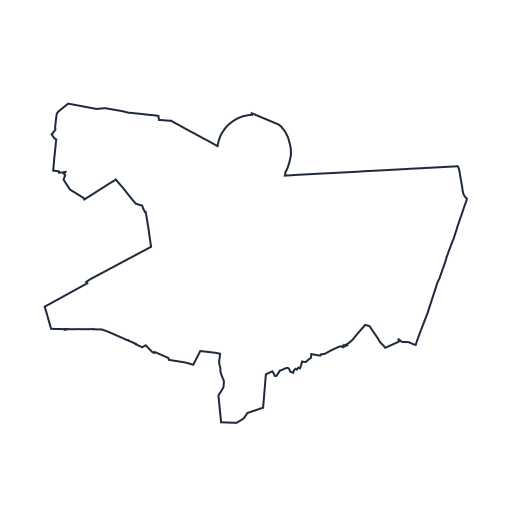 the district of Ecatepec de Morelos, México, Mexico, rotated 266°
{"feature_id": "50627088B37920296364691", "entity_name": "Ecatepec de Morelos", "entity_type": "district", "adm_level": 2, "iso_a3": "MEX", "parent_name": "Mexico", "parent_adm1": "México", "projection": "albers", "projection_center": [-99.051, 19.572], "detail": "fine", "context": "isolated", "style": "outline", "palette": "slate", "viewbox_px": 512, "rotation_deg": 266, "n_neighbors": 0, "source": "geoboundaries", "source_scale": "gbopen_adm2", "svg_char_len": 6037}
<svg xmlns="http://www.w3.org/2000/svg" viewBox="0 0 512 512"><g transform="rotate(266 256 256)"><path d="M104.1,252.5L137.3,257.6L139.8,264.2L138.6,264.9L138.2,265.2L137.8,265.4L135.1,266.3L135.0,266.6L135.0,267.0L134.9,267.5L135.1,267.9L135.2,268.2L135.5,268.5L135.8,268.6L136.0,268.8L136.4,269.2L136.8,269.5L137.1,269.7L137.4,269.9L137.7,270.2L138.1,270.5L139.0,271.2L139.6,271.6L140.0,271.8L140.2,272.7L140.3,273.2L140.6,274.1L140.9,274.8L141.5,276.3L141.9,277.7L142.2,278.8L142.2,279.4L142.1,279.8L141.5,280.8L140.7,281.3L139.8,281.6L138.4,282.0L136.9,284.9L138.6,285.6L139.4,285.9L140.7,287.7L139.9,288.8L140.5,289.3L141.4,290.2L141.7,290.5L140.9,292.0L142.9,293.0L145.8,294.1L147.5,294.5L146.8,297.5L147.0,298.6L148.1,299.9L148.7,300.7L149.3,301.8L150.7,303.8L154.3,304.3L154.2,304.7L153.7,306.7L152.7,310.5L152.2,313.3L153.0,313.7L153.3,313.9L153.4,314.2L153.4,315.3L153.5,317.5L154.5,319.7L156.6,324.3L159.1,330.8L159.7,332.5L160.0,334.2L159.7,335.0L159.1,336.1L160.4,336.7L159.3,337.2L160.5,340.3L161.2,339.2L161.8,340.9L162.1,341.5L162.5,342.2L163.4,343.4L163.9,344.2L165.8,346.6L166.6,347.3L168.8,349.3L169.6,350.1L170.7,351.1L172.6,353.0L174.2,354.7L176.9,357.2L176.8,357.4L179.0,359.5L179.6,359.9L179.0,361.9L178.2,364.3L173.9,366.8L170.8,368.5L168.8,369.8L166.5,371.1L164.9,372.0L163.1,372.9L160.8,374.2L160.1,374.8L157.9,376.8L156.6,377.7L155.4,378.5L156.0,380.0L160.5,392.3L161.2,392.6L162.3,392.5L163.0,392.1L163.5,391.8L162.9,392.5L160.8,394.8L160.4,395.2L160.3,395.6L160.0,396.3L159.7,400.0L159.6,400.9L159.5,401.6L159.4,402.3L157.9,405.1L157.1,406.6L156.1,409.1L156.4,409.3L158.5,410.0L167.6,414.0L181.0,420.3L185.0,422.1L186.5,422.9L205.1,430.4L217.4,435.4L220.7,437.4L221.7,437.8L222.5,438.1L224.0,438.8L225.7,439.5L228.6,440.8L229.7,441.2L233.8,443.1L235.3,443.7L236.2,444.0L237.0,444.4L237.7,444.6L239.2,445.3L241.2,445.9L244.5,447.4L245.8,448.0L246.7,448.3L249.7,449.7L251.3,450.5L253.6,451.5L254.5,452.0L255.8,452.5L257.8,453.5L258.6,454.0L259.8,454.5L262.9,455.7L265.3,456.7L269.0,458.2L270.8,458.8L272.2,459.4L273.7,460.0L275.8,460.9L285.9,465.2L290.5,467.1L297.0,470.0L298.7,470.3L299.6,469.3L300.1,469.0L300.7,468.5L301.3,468.2L302.1,467.8L302.9,467.4L303.8,467.2L304.5,467.0L305.3,466.9L306.3,466.7L307.1,466.7L309.6,466.5L313.2,466.2L315.0,466.0L327.8,464.7L330.0,464.1L331.5,463.5L331.5,460.9L331.5,460.0L331.6,454.6L331.9,434.4L332.0,432.6L332.0,428.3L332.3,415.3L332.3,410.2L332.8,379.3L333.0,372.4L333.0,363.6L333.2,352.7L333.4,340.6L333.7,326.3L333.9,313.5L334.1,302.3L334.1,294.1L334.2,290.4L335.3,290.9L337.5,291.1L338.6,291.8L339.7,292.6L340.7,293.1L341.8,293.7L346.8,295.7L350.3,296.8L354.2,297.9L360.5,298.2L364.9,297.7L372.1,296.2L377.9,293.8L381.8,291.2L383.3,290.2L385.6,287.7L396.9,265.3L397.0,265.3L398.6,261.8L397.2,261.8L397.0,257.9L396.3,252.5L394.6,247.3L392.2,242.5L389.0,237.8L386.2,234.7L381.2,230.7L377.8,228.6L372.7,226.5L368.3,225.3L371.6,220.2L374.7,215.5L376.0,213.3L376.8,211.9L379.4,208.0L379.7,207.4L380.5,206.2L381.4,204.8L381.7,204.3L382.1,203.8L382.8,202.6L383.8,201.0L384.3,200.1L384.9,199.2L387.1,195.7L388.9,192.9L391.2,189.4L391.8,188.6L392.2,187.9L394.0,185.0L395.8,182.3L397.0,180.4L396.8,180.1L396.9,179.8L397.1,178.2L397.3,176.9L397.4,176.2L397.5,175.6L397.7,174.5L398.0,172.3L398.5,168.7L399.3,168.7L399.7,168.6L400.9,168.5L401.6,168.5L402.6,168.4L403.4,164.4L404.0,161.1L404.1,160.5L404.5,158.0L406.0,149.9L406.8,145.0L407.1,143.5L407.2,143.0L407.4,141.6L407.7,140.1L407.7,139.4L407.8,138.6L408.4,137.0L409.7,133.2L414.0,115.7L413.8,107.2L421.1,79.2L413.8,68.8L411.9,67.2L406.4,66.0L398.3,64.6L397.9,64.6L395.9,64.7L395.7,64.5L395.3,64.0L394.0,62.9L392.4,61.6L392.0,61.1L391.7,60.6L389.4,61.9L387.5,63.1L387.1,63.4L386.8,64.0L386.5,64.6L386.1,64.9L383.9,64.4L377.7,63.4L368.9,61.8L361.9,60.7L355.3,59.6L354.2,65.3L352.9,65.3L352.8,68.8L353.0,70.2L353.2,71.8L352.9,71.7L351.3,70.1L349.8,71.3L345.7,69.4L345.3,69.5L344.7,69.8L343.5,70.5L335.1,75.2L332.1,79.5L330.6,81.5L329.2,83.5L327.7,85.6L326.1,87.9L324.3,88.7L325.2,90.2L325.6,91.0L326.2,92.0L326.8,93.3L327.7,94.9L328.8,97.0L332.0,102.7L335.3,108.9L337.9,113.6L340.4,118.4L341.0,119.8L342.1,121.5L340.1,122.9L339.9,123.0L333.0,128.2L323.6,134.6L323.4,134.7L316.6,139.7L314.5,145.1L314.1,146.0L311.3,146.7L310.8,146.9L307.5,148.4L307.6,149.0L303.1,149.5L298.3,150.0L297.4,150.0L292.6,150.5L291.4,150.6L282.5,151.2L272.5,152.0L268.6,143.3L267.2,140.1L266.6,138.7L244.4,89.1L242.0,84.8L240.6,85.8L220.4,42.1L220.3,41.7L217.8,42.2L211.5,43.6L207.2,44.5L206.0,44.7L205.4,45.0L205.2,44.9L197.7,46.5L197.3,49.5L196.9,54.7L196.5,58.6L196.5,60.3L196.4,60.2L195.8,60.1L195.9,60.5L196.2,61.0L196.1,61.3L195.9,61.5L195.9,61.8L195.9,62.3L195.9,62.5L196.0,62.6L196.2,62.4L196.2,63.7L195.8,67.0L195.3,75.9L195.1,77.0L194.4,88.5L194.6,88.9L194.2,89.2L193.9,92.0L193.6,96.6L193.4,96.9L193.3,97.6L193.2,97.8L193.0,98.0L192.0,100.5L191.1,102.5L189.0,106.6L182.1,119.7L181.6,120.5L181.2,121.4L181.1,122.3L180.8,122.3L180.6,122.7L180.1,123.7L179.1,125.5L177.2,129.2L176.8,130.0L176.3,129.8L175.6,131.2L173.1,135.8L172.9,136.2L173.4,137.2L174.6,139.6L174.3,140.0L167.4,145.9L167.1,146.3L167.0,146.5L167.1,147.1L166.7,147.3L166.5,147.5L166.4,147.9L166.8,148.2L167.2,148.5L166.4,150.1L165.6,151.4L165.3,152.3L163.4,155.7L161.6,159.1L160.7,160.9L160.2,161.6L159.6,161.6L158.5,161.9L158.2,163.2L157.7,165.1L154.9,177.3L154.5,178.6L154.0,180.0L151.9,185.8L165.1,193.8L162.2,209.1L161.0,213.3L158.0,212.8L156.9,212.6L156.2,212.5L154.9,212.1L154.3,212.0L153.3,212.0L152.3,211.8L151.7,211.7L150.5,212.0L149.8,212.1L148.9,212.2L147.9,212.4L146.2,212.6L145.3,212.6L144.5,212.6L143.9,212.5L142.8,212.5L141.9,212.8L140.8,213.0L139.8,213.2L138.9,213.5L137.6,213.9L137.0,214.1L135.2,214.8L133.9,215.1L133.4,215.2L132.9,215.2L131.6,215.1L130.4,214.8L129.0,214.7L128.3,214.6L127.6,214.4L126.9,214.0L125.8,213.3L124.5,212.5L123.4,211.6L122.7,211.2L121.7,210.4L121.1,209.9L120.2,209.2L119.7,209.0L119.1,208.8L92.5,209.6L92.5,210.0L90.9,225.0L94.8,232.4L100.0,236.5L103.9,251.4L104.1,252.5Z" fill="none" stroke="#1e293b" stroke-width="2"/></g></svg>